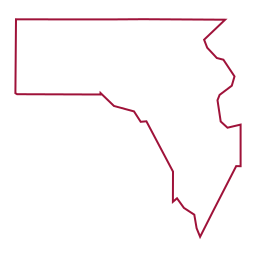 Fannin, Georgia, United States of America
{"feature_id": "52423323B87929683261125", "entity_name": "Fannin", "entity_type": "district", "adm_level": 2, "iso_a3": "USA", "parent_name": "United States of America", "parent_adm1": "Georgia", "projection": "equal_earth", "projection_center": [-84.277, 34.796], "detail": "fine", "context": "isolated", "style": "outline", "palette": "rose", "viewbox_px": 256, "rotation_deg": 0, "n_neighbors": 0, "source": "geoboundaries", "source_scale": "gbopen_adm2", "svg_char_len": 546}
<svg xmlns="http://www.w3.org/2000/svg" viewBox="0 0 256 256"><path d="M16.0,19.3L15.4,93.2L17.1,94.2L100.4,94.5L100.5,93.0L114.0,106.0L134.0,111.4L140.7,121.8L146.4,121.3L173.0,171.6L172.9,201.8L177.0,198.3L183.9,207.9L194.3,214.7L196.6,228.2L200.1,236.8L213.1,211.1L236.2,166.1L240.6,166.2L240.6,124.6L227.5,127.7L220.7,121.5L217.5,100.2L219.6,94.9L231.8,85.7L234.5,76.4L223.4,59.7L216.8,58.0L207.2,47.7L204.1,39.7L225.1,19.7L143.3,19.2L112.7,19.4L112.3,19.4L63.8,19.4L63.4,19.4L16.0,19.3Z" fill="none" stroke="#9f1239" stroke-width="2"/></svg>